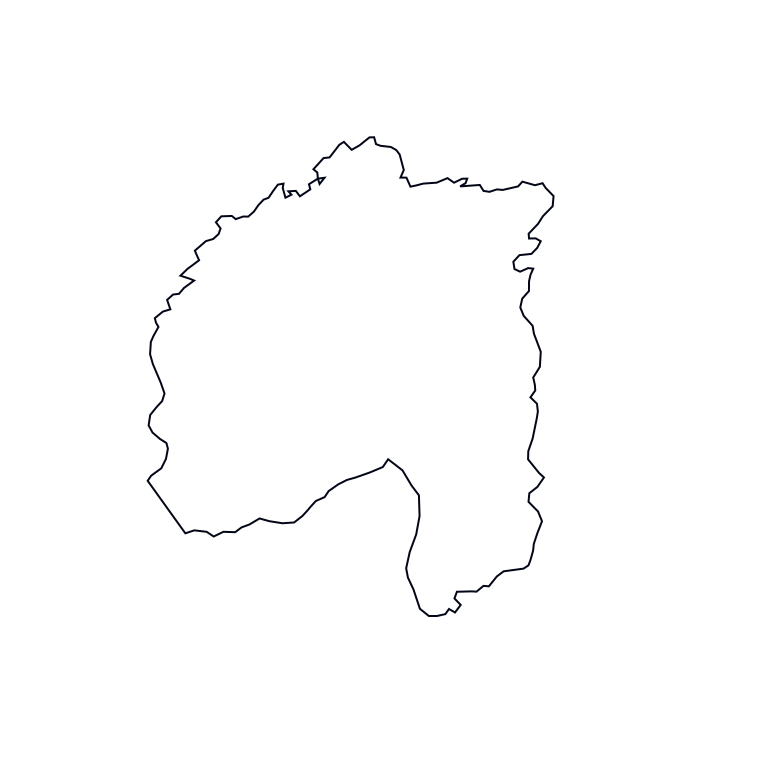 Aparecida do Rio Doce, Goiás, Brazil, rotated 233°
{"feature_id": "56859067B6443042968198", "entity_name": "Aparecida do Rio Doce", "entity_type": "district", "adm_level": 2, "iso_a3": "BRA", "parent_name": "Brazil", "parent_adm1": "Goiás", "projection": "equal_earth", "projection_center": [-51.254, -18.22], "detail": "fine", "context": "isolated", "style": "outline", "palette": "ink", "viewbox_px": 768, "rotation_deg": 233, "n_neighbors": 0, "source": "geoboundaries", "source_scale": "gbopen_adm2", "svg_char_len": 2591}
<svg xmlns="http://www.w3.org/2000/svg" viewBox="0 0 768 768"><g transform="rotate(233 384 384)"><path d="M557.9,223.1L553.2,219.1L548.6,215.1L539.0,211.4L519.4,206.5L508.5,203.0L503.9,196.6L502.4,188.4L500.0,178.7L492.6,171.1L484.5,169.9L475.0,172.0L467.8,174.7L462.4,172.5L455.4,164.8L450.7,155.4L450.9,142.8L448.9,137.0L389.2,135.6L384.3,135.5L381.3,144.4L372.7,153.4L364.7,156.2L362.6,166.8L355.2,176.0L355.2,184.0L352.8,191.9L351.5,203.7L343.4,209.9L333.9,219.1L327.5,228.9L327.7,239.3L329.0,246.6L330.2,251.7L331.6,259.2L329.4,268.5L331.8,275.4L331.4,287.1L329.7,296.6L326.3,305.4L321.8,319.7L318.4,333.1L321.4,342.0L303.9,346.8L286.3,344.9L274.1,344.9L257.1,332.9L244.5,319.2L234.3,303.4L223.5,290.8L215.0,286.6L202.2,283.9L182.9,277.4L171.7,280.2L166.9,286.6L163.3,294.5L165.2,300.5L158.8,303.2L161.4,312.3L170.3,311.2L174.2,317.2L165.5,329.4L162.5,332.9L162.9,342.0L159.3,346.0L162.4,358.3L162.4,366.8L152.6,384.3L152.2,390.2L155.3,395.1L161.2,402.8L166.2,407.5L172.5,416.6L179.3,427.6L189.5,430.3L202.9,428.5L209.3,434.3L209.5,444.6L213.1,455.5L219.5,454.3L237.1,453.7L243.5,458.8L251.0,469.9L264.4,485.1L269.4,490.3L276.2,494.3L285.2,492.9L287.8,500.9L292.6,504.0L299.4,507.1L303.9,518.8L315.4,528.6L333.9,534.0L341.0,537.7L354.4,536.6L363.1,538.9L369.0,545.8L371.0,555.7L378.8,561.7L383.1,566.8L386.3,572.6L389.8,568.9L391.8,560.3L397.3,557.4L403.8,560.9L405.4,569.7L399.2,580.0L400.5,588.3L403.7,595.1L409.0,592.8L412.9,587.4L417.0,590.0L419.2,603.4L422.4,612.0L424.5,625.7L432.0,632.5L443.3,631.1L448.9,631.5L451.9,624.2L462.3,616.3L461.1,610.0L467.5,595.7L471.5,591.2L474.0,583.9L478.3,579.7L485.3,580.3L496.0,563.7L495.3,570.0L497.9,574.0L500.9,570.0L502.6,561.1L510.2,558.6L513.1,547.2L520.4,536.0L523.2,529.2L525.7,523.9L535.3,526.1L538.9,521.4L543.0,528.6L557.8,534.6L563.4,534.6L569.2,532.1L576.4,524.5L580.4,522.0L587.0,524.6L589.7,520.8L589.3,508.0L590.5,499.1L601.5,497.7L601.9,492.2L597.7,476.9L600.8,471.7L598.0,456.9L593.0,458.0L587.8,454.8L588.7,444.3L583.8,442.3L584.5,429.8L591.3,429.8L595.4,423.6L590.9,424.0L592.1,417.4L601.5,421.1L604.5,424.3L607.1,419.2L604.9,411.7L602.2,403.9L603.7,398.8L602.5,391.5L600.0,384.0L599.4,376.3L602.5,372.3L604.9,364.8L609.8,363.6L615.8,355.0L614.3,347.1L606.6,347.1L603.3,342.2L602.6,334.9L605.3,327.7L604.3,313.2L599.5,312.0L594.1,310.8L594.2,296.5L593.0,286.6L585.0,292.2L580.9,294.6L581.1,282.2L579.4,274.5L582.4,269.4L581.7,261.4L572.2,258.3L574.9,251.0L574.5,240.6L570.2,238.8L565.3,238.2L561.1,228.8L557.9,223.1ZM587.8,454.8L584.5,460.6L582.5,452.9L587.8,454.8Z" fill="none" stroke="#020617" stroke-width="2"/></g></svg>